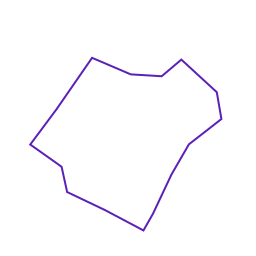 the district of Kindu, Maniema, Democratic Republic of the Congo, rotated 210°
{"feature_id": "63176286B62585085359897", "entity_name": "Kindu", "entity_type": "district", "adm_level": 2, "iso_a3": "COD", "parent_name": "Democratic Republic of the Congo", "parent_adm1": "Maniema", "projection": "orthographic", "projection_center": [25.912, -2.975], "detail": "fine", "context": "isolated", "style": "outline", "palette": "violet", "viewbox_px": 256, "rotation_deg": 210, "n_neighbors": 0, "source": "geoboundaries", "source_scale": "gbopen_adm2", "svg_char_len": 415}
<svg xmlns="http://www.w3.org/2000/svg" viewBox="0 0 256 256"><g transform="rotate(210 128 128)"><path d="M69.0,203.4L116.0,213.9L124.7,189.7L128.2,187.9L130.9,186.6L140.5,181.8L147.3,178.4L152.5,175.8L194.2,170.8L199.3,108.3L204.4,64.8L173.1,61.9L166.1,61.2L153.8,47.7L148.7,42.1L106.9,45.4L63.4,47.0L63.5,66.1L67.1,109.5L67.1,144.3L51.6,182.5L69.0,203.4Z" fill="none" stroke="#5b21b6" stroke-width="2"/></g></svg>